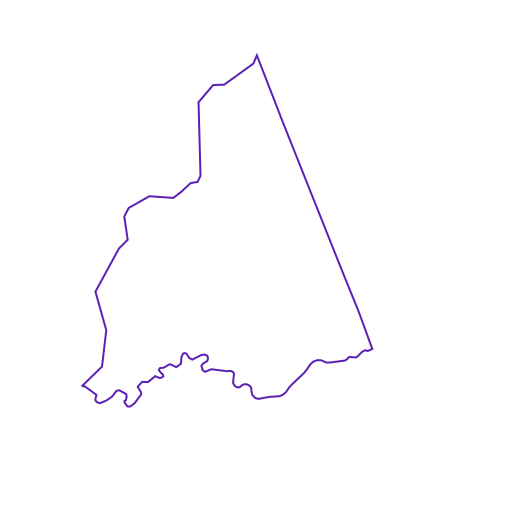 outline of Richmond, Georgia, United States of America, rotated 109°
{"feature_id": "52423323B1751844526398", "entity_name": "Richmond", "entity_type": "district", "adm_level": 2, "iso_a3": "USA", "parent_name": "United States of America", "parent_adm1": "Georgia", "projection": "albers", "projection_center": [-81.966, 33.386], "detail": "fine", "context": "isolated", "style": "outline", "palette": "violet", "viewbox_px": 512, "rotation_deg": 109, "n_neighbors": 0, "source": "geoboundaries", "source_scale": "gbopen_adm2", "svg_char_len": 1712}
<svg xmlns="http://www.w3.org/2000/svg" viewBox="0 0 512 512"><g transform="rotate(109 256 256)"><path d="M129.3,360.4L198.2,334.6L204.9,335.3L208.4,341.6L219.7,347.6L228.0,353.1L234.2,376.3L252.0,392.0L261.6,393.4L282.4,382.6L293.4,388.0L342.0,396.2L374.9,373.4L410.7,365.6L435.9,378.3L435.8,378.2L435.0,375.3L439.3,361.6L442.8,361.4L444.6,361.0L445.9,359.1L446.0,355.7L441.7,350.7L436.0,346.4L428.9,344.0L427.5,341.7L428.8,333.7L431.9,332.3L435.1,332.2L436.1,333.2L437.6,332.3L440.1,328.5L439.3,325.9L434.6,322.8L424.1,319.5L422.2,320.5L418.2,325.3L412.1,322.7L410.3,317.0L402.4,312.2L402.6,310.3L402.7,307.5L401.7,305.7L400.2,304.5L398.5,305.2L397.4,307.8L395.7,310.6L393.6,310.6L392.8,309.5L392.1,307.6L390.6,305.9L386.9,302.9L386.3,301.5L387.1,295.2L382.2,291.9L376.3,293.5L372.9,293.4L371.1,292.3L371.0,289.8L372.4,288.1L374.1,286.0L374.7,282.5L367.4,275.4L365.9,272.5L366.2,269.6L368.2,268.1L371.2,267.9L374.9,271.1L377.8,271.8L381.4,269.2L382.1,266.5L377.6,261.3L374.3,245.6L372.9,242.6L373.1,240.0L374.6,238.4L377.9,237.7L383.4,236.4L385.5,234.2L386.2,232.1L386.1,229.9L384.8,228.3L382.0,226.7L380.3,223.5L380.6,220.2L382.0,217.8L385.1,216.3L388.4,214.5L390.5,210.7L390.4,208.7L390.4,207.3L385.0,197.8L381.2,188.8L380.9,188.2L378.7,185.6L375.2,183.4L369.6,181.9L366.1,180.4L359.6,177.0L351.0,172.5L346.2,170.8L341.0,169.5L337.1,167.3L334.6,164.3L333.4,160.5L333.8,154.8L332.7,151.5L325.8,137.7L323.5,136.1L321.5,135.3L321.1,134.9L319.4,128.6L318.3,127.5L317.9,127.3L312.1,124.5L309.5,122.0L309.5,119.5L306.0,115.8L287.2,131.0L274.7,141.2L246.9,165.5L232.0,178.4L118.3,276.3L109.9,283.3L66.0,320.5L74.9,321.1L104.4,341.9L108.3,352.2L129.3,360.4Z" fill="none" stroke="#5b21b6" stroke-width="2"/></g></svg>